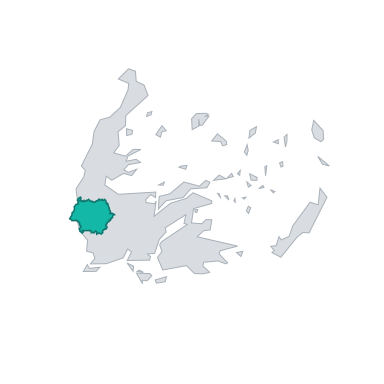 Dytikis Makedonias, Dytiki Makedonia, Greece (highlighted), rotated 301°
{"feature_id": "26713481B79624114853188", "entity_name": "Dytikis Makedonias", "entity_type": "district", "adm_level": 2, "iso_a3": "GRC", "parent_name": "Greece", "parent_adm1": "Dytiki Makedonia", "projection": "natural_earth1", "projection_center": [21.387, 40.387], "detail": "fine", "context": "in_parent", "style": "filled", "palette": "teal", "viewbox_px": 384, "rotation_deg": 301, "n_neighbors": 0, "source": "geoboundaries", "source_scale": "gbopen_adm2", "svg_char_len": 8907}
<svg xmlns="http://www.w3.org/2000/svg" viewBox="0 0 384 384"><g transform="rotate(301 192 192)"><path d="M250.9,70.6L265.0,74.2L266.4,81.3L258.1,87.2L259.0,95.8L252.1,104.6L223.4,95.9L214.6,100.8L205.6,97.6L194.4,105.6L185.3,104.7L188.4,116.5L198.3,119.7L202.1,126.2L189.7,118.6L184.4,119.7L191.3,127.4L190.8,132.7L182.7,123.4L175.8,122.0L176.1,127.3L183.0,132.9L175.0,131.8L172.6,123.7L160.7,117.1L161.4,110.3L153.1,113.7L152.1,130.1L173.3,161.0L168.4,163.6L168.5,158.0L161.6,156.3L159.3,158.0L160.6,161.2L162.9,166.2L165.8,165.9L151.6,172.0L171.3,179.4L183.7,190.5L191.9,193.3L194.6,213.6L192.2,214.8L178.6,201.9L165.2,207.5L169.9,216.8L175.6,218.3L178.4,223.3L168.9,227.1L164.7,221.8L156.3,219.6L169.1,258.9L156.2,246.5L153.0,247.0L149.6,259.0L147.8,258.0L146.3,249.8L137.7,238.1L134.1,239.5L132.3,248.5L127.8,244.0L123.3,236.2L126.1,225.2L110.1,207.1L118.1,196.1L125.5,196.9L130.2,191.4L133.9,191.6L161.8,204.7L161.0,201.3L169.4,198.4L147.4,187.4L144.5,190.4L134.3,188.4L120.1,191.6L116.0,185.7L115.2,189.7L111.8,190.8L99.9,171.8L109.7,171.0L109.9,166.2L100.2,167.0L86.5,155.6L78.0,141.9L85.1,143.0L88.9,138.5L86.9,132.2L96.8,127.3L101.1,115.5L107.5,109.2L105.6,101.1L123.0,100.4L134.9,91.0L149.1,91.5L155.7,89.3L157.3,83.8L181.5,81.9L193.4,76.9L206.5,76.0L213.8,83.0L227.5,87.0L246.5,84.6L252.5,81.9L250.9,70.6ZM189.4,291.8L198.5,289.6L196.9,293.2L204.0,298.1L214.7,295.8L244.1,298.5L246.0,306.7L261.3,299.7L257.0,310.4L217.2,313.4L214.5,307.9L207.3,305.3L181.9,301.8L181.2,291.8L184.2,292.6L186.0,287.5L189.4,291.8ZM171.3,166.2L179.1,174.0L196.4,179.9L200.8,195.3L209.1,197.9L209.6,202.4L203.3,202.5L194.0,189.2L182.8,187.3L171.2,174.4L160.2,171.9L171.3,166.2ZM261.6,155.5L266.6,163.4L266.8,166.2L264.0,164.6L265.7,167.5L254.6,166.4L253.1,164.4L257.8,160.2L252.1,163.9L245.5,160.1L254.6,153.9L261.6,155.5ZM305.2,277.6L301.5,276.6L301.4,268.9L307.0,262.6L316.1,259.5L312.2,272.7L305.2,277.6ZM253.2,195.3L250.5,197.4L247.3,194.4L250.1,190.5L245.8,182.6L254.9,183.8L253.2,195.3ZM93.9,186.1L100.4,198.1L99.6,200.6L92.8,199.3L90.7,194.8L87.9,196.7L93.9,186.1ZM80.1,151.8L74.6,150.7L67.9,139.8L75.9,139.6L73.6,143.3L80.1,151.8ZM233.4,132.1L231.2,138.3L228.1,135.2L222.7,136.7L222.5,131.5L233.4,132.1ZM274.5,209.9L281.2,213.6L275.2,215.9L267.5,213.1L274.5,209.9ZM214.2,109.4L210.5,110.7L206.8,106.9L212.5,103.3L214.2,109.4ZM97.6,205.7L106.3,213.7L101.2,215.2L95.5,208.4L97.6,205.7ZM238.0,240.3L235.4,241.6L232.6,236.6L237.3,232.0L238.0,240.3ZM220.5,206.6L220.8,214.2L213.1,204.5L220.5,206.6ZM287.3,281.5L285.1,296.3L283.0,289.6L287.3,281.5ZM98.3,180.3L93.7,182.3L97.7,172.9L98.3,180.3ZM167.3,266.2L161.9,267.1L163.0,261.3L167.3,266.2ZM278.8,248.9L286.3,242.7L290.3,243.8L284.6,247.1L278.8,248.9ZM251.7,220.1L253.3,216.3L260.9,214.9L256.7,218.7L251.7,220.1ZM228.9,233.8L228.0,239.4L225.2,237.8L228.9,233.8ZM228.4,216.4L226.5,219.5L221.8,214.8L228.4,216.4ZM212.1,174.1L208.2,174.9L206.6,168.0L208.8,169.4L212.1,174.1ZM240.3,116.2L237.0,117.1L233.4,114.2L236.9,113.0L240.3,116.2ZM208.8,247.6L208.7,250.5L202.8,251.5L203.7,248.3L208.8,247.6ZM253.0,242.6L243.8,246.7L251.2,241.4L253.0,242.6ZM204.6,215.8L201.4,220.1L204.0,214.6L204.6,215.8ZM235.4,222.2L230.9,224.3L231.0,221.5L235.4,222.2ZM264.7,254.0L261.0,256.7L259.2,255.4L262.0,252.1L264.7,254.0ZM281.2,239.0L277.8,241.1L276.8,236.0L281.2,239.0ZM207.0,224.4L204.1,227.8L205.6,222.0L207.0,224.4ZM97.9,187.0L98.1,191.7L95.7,185.9L97.9,187.0ZM234.1,249.3L232.9,251.4L229.8,247.8L234.1,249.3ZM186.3,163.2L183.0,163.9L180.9,159.8L186.3,163.2ZM180.0,205.8L177.6,206.7L176.2,205.6L178.1,203.5L180.0,205.8ZM208.5,232.2L205.5,234.4L206.0,232.4L208.5,232.2ZM234.3,258.0L235.1,262.8L233.2,262.2L234.3,258.0ZM215.4,240.9L212.8,240.6L213.0,238.3L215.4,240.9Z" fill="#d9dde1" stroke="#a8b0b8" stroke-width="1"/><path d="M129.0,98.2L128.9,98.2L128.7,98.2L128.3,98.3L128.1,98.3L127.9,98.2L127.6,98.2L127.3,98.0L127.2,98.0L127.1,97.9L126.7,97.7L126.2,97.9L126.0,98.1L125.9,98.2L125.8,98.3L125.7,98.3L125.6,98.7L125.7,98.8L125.7,99.0L125.7,99.3L125.4,99.3L125.2,99.2L125.0,99.3L124.7,99.4L124.6,99.6L124.4,99.7L124.2,99.7L124.1,99.8L123.9,100.0L123.7,100.3L123.5,100.5L123.3,100.4L122.9,100.5L122.7,100.4L122.7,100.2L122.3,99.9L122.1,99.6L121.9,99.3L121.8,99.0L121.6,98.9L121.4,99.0L120.6,98.8L119.9,99.0L119.2,98.7L118.7,98.6L117.0,99.9L116.8,100.1L116.4,100.2L116.1,100.3L115.8,100.3L115.5,100.4L114.8,100.5L114.5,100.5L114.3,100.6L114.0,100.7L113.8,100.6L113.7,100.4L113.5,100.2L113.3,100.1L113.1,100.0L112.7,99.9L112.4,99.9L112.2,100.0L111.7,100.2L111.5,100.4L111.0,100.8L110.7,100.9L110.0,100.9L106.1,100.9L106.2,102.9L106.2,103.1L106.0,103.4L105.9,103.5L105.6,103.8L105.9,104.2L106.1,104.2L106.2,104.4L106.2,104.5L106.2,105.0L106.3,105.2L106.9,105.6L107.4,106.1L107.7,106.6L108.0,107.2L108.2,107.5L108.1,108.6L108.1,108.8L108.2,109.0L108.2,109.4L107.9,109.5L108.0,109.9L107.9,110.1L107.8,110.3L107.9,110.8L107.9,111.0L107.8,111.4L107.6,111.6L107.3,111.6L107.1,111.6L106.8,111.7L106.7,111.8L106.6,112.0L106.6,112.3L106.4,112.5L106.0,112.7L105.7,112.9L105.6,113.2L105.6,113.3L105.7,113.6L105.7,114.0L105.4,114.4L105.2,114.7L105.1,114.8L104.6,114.9L104.3,114.7L104.2,114.5L104.0,114.4L103.7,114.5L103.2,114.5L102.7,114.5L102.6,114.4L102.2,114.3L101.9,114.7L101.8,114.9L101.8,115.0L101.7,115.4L101.5,115.7L101.4,115.7L101.0,115.8L100.9,115.9L100.7,116.0L100.5,116.3L100.6,116.5L100.7,116.8L100.5,117.1L100.6,117.4L100.6,117.6L100.7,117.8L100.6,118.0L100.6,118.4L100.6,118.5L100.4,118.7L100.2,118.9L100.6,119.2L101.4,119.4L102.1,119.2L102.2,118.6L102.4,118.3L102.5,118.0L102.9,118.0L103.0,118.7L103.1,119.5L103.7,120.2L104.3,120.8L104.5,121.2L104.8,121.6L104.9,122.2L105.4,122.5L105.7,123.4L106.1,123.6L106.3,124.0L106.1,124.5L106.5,124.6L106.5,125.5L106.7,125.9L105.9,126.3L105.7,126.6L105.3,126.7L105.8,127.1L105.8,127.5L106.3,127.8L106.3,128.1L106.3,128.5L106.5,128.8L106.5,129.0L106.8,129.2L106.9,129.4L107.5,129.4L108.1,129.1L108.6,129.2L109.0,129.5L108.9,130.3L108.9,130.7L108.9,130.9L108.8,131.0L108.5,131.5L108.4,131.7L108.2,131.7L107.8,131.4L107.6,131.4L107.2,131.7L107.4,131.7L107.4,131.9L107.6,131.9L107.9,132.2L107.9,132.4L108.0,132.4L107.9,132.6L108.0,132.6L108.3,133.0L108.6,133.1L108.8,133.3L109.0,133.8L108.9,134.2L109.2,134.7L109.1,135.0L109.3,135.3L109.4,135.6L109.3,135.8L109.5,135.8L110.3,136.3L110.5,136.2L110.7,136.3L111.2,136.5L111.8,135.8L112.2,135.8L112.5,135.7L113.0,135.5L113.2,135.4L113.4,135.6L113.8,135.7L113.9,135.9L114.4,135.8L115.1,136.6L115.4,136.4L115.7,136.1L115.8,136.2L115.8,136.9L116.2,137.5L116.3,137.5L116.8,137.2L117.1,137.2L117.2,137.3L117.3,137.5L117.5,137.5L117.7,137.4L117.7,137.1L118.1,137.1L118.6,136.8L118.5,136.6L118.7,136.0L118.4,136.0L118.5,135.7L118.8,135.2L119.2,135.3L119.4,135.1L119.8,135.0L120.1,135.0L120.3,135.2L120.4,135.4L120.8,135.2L121.2,135.3L121.6,135.0L121.8,135.2L122.5,135.5L123.0,135.5L123.3,135.3L123.9,136.0L124.0,136.0L124.3,136.2L124.6,136.1L124.8,136.0L125.1,136.0L125.2,135.8L125.3,136.2L125.7,136.4L125.8,136.6L126.0,136.7L126.6,136.6L127.1,136.0L127.3,136.1L127.7,136.1L127.8,136.4L127.9,136.6L128.1,136.7L128.4,136.6L129.0,136.8L129.1,137.0L130.4,136.4L131.5,136.5L132.0,136.8L132.6,136.8L132.7,137.0L132.8,136.7L132.9,136.4L132.7,136.0L132.8,135.8L132.6,135.3L132.3,134.9L132.6,134.6L132.6,134.2L132.1,133.5L131.5,133.5L131.3,133.0L131.6,133.1L131.8,133.1L132.5,132.6L132.6,132.1L133.2,132.1L133.7,131.7L133.8,131.5L134.0,131.2L134.1,130.4L135.0,129.9L134.9,129.5L135.0,129.3L135.2,129.2L135.5,129.3L135.8,129.2L135.8,128.7L136.1,128.4L136.3,128.3L136.9,127.6L137.2,127.4L137.6,126.7L138.1,126.3L137.7,125.7L137.8,125.3L138.1,125.1L138.4,125.5L138.7,125.6L138.7,125.0L138.4,124.7L138.1,124.4L138.2,124.1L138.4,123.9L139.0,123.7L139.3,123.4L139.9,123.1L140.1,122.5L140.3,121.9L140.3,121.6L140.5,121.3L140.7,121.2L140.4,120.7L139.7,120.7L139.4,120.3L138.9,120.1L138.8,119.9L138.8,119.6L138.9,119.3L139.5,118.9L139.4,118.6L138.8,118.7L138.3,118.1L137.9,118.0L137.8,117.8L137.8,117.3L138.0,116.9L138.0,116.6L138.1,116.0L137.7,116.0L137.2,115.7L136.6,115.7L136.0,115.9L135.8,115.9L135.7,115.6L135.9,115.5L135.5,114.9L135.1,114.9L134.7,114.4L134.2,114.2L134.1,114.3L133.5,114.1L133.3,114.1L133.1,114.0L133.2,113.7L133.0,112.9L132.8,112.8L132.5,112.4L132.2,112.1L132.1,111.7L132.3,111.3L132.7,111.1L132.7,110.9L132.2,110.4L131.9,110.3L131.8,110.1L132.0,109.6L131.9,109.3L131.7,109.2L131.9,108.9L131.8,108.5L132.3,108.2L132.4,107.1L131.4,106.8L131.1,106.6L130.8,106.1L130.5,106.2L130.4,106.5L130.2,106.5L129.8,106.3L129.8,106.0L129.7,105.5L128.8,104.9L129.3,103.8L128.6,103.6L128.3,103.7L128.1,103.6L128.0,103.8L127.5,103.4L127.8,103.0L127.6,102.6L127.8,102.4L127.7,102.2L127.6,101.9L127.3,101.7L127.2,101.4L126.9,101.2L126.7,100.5L127.0,100.3L127.5,100.4L127.5,100.5L127.4,100.8L127.5,100.9L127.8,100.6L128.1,100.6L128.7,100.4L129.0,100.2L129.5,100.0L129.6,99.7L130.2,99.4L130.2,99.1L129.9,99.0L129.7,98.9L129.6,99.0L129.3,98.4L129.0,98.2Z" fill="#14b8a6" stroke="#0f766e" stroke-width="1.5"/></g></svg>